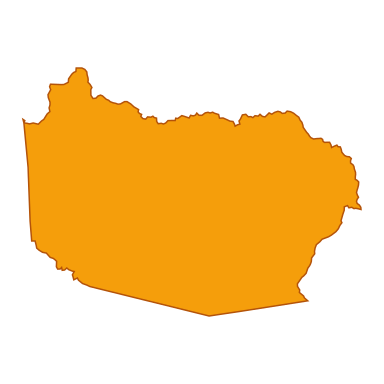 Dormentes, Pernambuco, Brazil
{"feature_id": "56859067B71625369805565", "entity_name": "Dormentes", "entity_type": "district", "adm_level": 2, "iso_a3": "BRA", "parent_name": "Brazil", "parent_adm1": "Pernambuco", "projection": "albers", "projection_center": [-40.588, -8.482], "detail": "fine", "context": "isolated", "style": "filled", "palette": "amber", "viewbox_px": 384, "rotation_deg": 0, "n_neighbors": 0, "source": "geoboundaries", "source_scale": "gbopen_adm2", "svg_char_len": 3155}
<svg xmlns="http://www.w3.org/2000/svg" viewBox="0 0 384 384"><path d="M23.9,122.9L28.1,167.5L28.4,176.3L28.5,178.6L30.1,221.0L31.7,241.0L35.1,241.0L36.2,245.3L36.7,248.1L39.1,250.2L42.5,252.3L46.4,253.1L48.3,255.3L50.2,257.4L53.3,258.4L55.2,259.9L56.6,261.3L56.4,266.8L57.7,269.1L60.2,269.0L61.6,267.5L62.2,270.3L64.6,270.0L66.8,268.0L68.8,269.7L72.3,271.1L74.2,271.5L72.4,274.8L73.0,276.6L73.8,279.8L77.4,278.0L78.5,280.2L82.5,283.5L86.9,285.1L89.8,286.5L203.9,314.7L209.1,316.0L220.3,314.3L238.7,311.6L307.7,300.8L304.4,297.9L303.6,296.0L299.4,292.5L299.7,290.0L297.5,286.4L297.4,283.8L301.9,277.3L303.7,275.9L306.1,273.3L307.8,268.2L309.6,265.7L310.5,263.9L311.3,261.6L311.6,257.9L314.7,253.8L314.5,251.3L315.1,248.0L316.4,244.6L319.8,241.8L322.1,239.2L328.5,236.8L331.4,235.1L335.9,231.7L338.3,228.8L339.9,225.4L341.9,222.7L341.0,220.8L341.7,218.3L342.9,214.1L344.2,210.3L344.3,206.8L347.5,205.6L348.9,207.8L351.8,207.3L353.9,208.6L355.8,208.3L358.4,208.8L361.0,209.5L360.8,207.3L359.4,205.1L357.1,203.4L356.5,201.3L357.2,199.2L358.5,197.3L357.4,195.2L356.5,192.6L357.1,190.0L357.8,187.9L358.5,185.0L358.7,182.0L357.2,180.4L355.3,179.3L355.3,176.9L355.6,174.5L355.5,172.3L354.4,169.1L353.9,166.4L352.9,164.7L350.6,163.1L350.5,160.8L351.3,158.5L349.4,156.8L346.7,156.5L344.6,155.5L343.1,153.8L341.8,152.2L341.2,149.3L340.3,146.9L338.0,146.7L336.9,145.1L334.3,146.2L331.6,147.5L331.0,145.0L329.6,142.3L326.8,142.3L324.5,142.4L323.0,141.3L322.6,139.4L321.0,138.3L318.9,138.5L316.6,138.6L313.6,139.0L310.9,137.7L309.5,136.1L308.3,134.1L306.7,132.4L304.9,129.8L303.2,127.3L302.9,125.3L301.9,122.3L300.1,120.1L298.8,117.2L296.3,115.4L293.6,113.2L290.6,111.7L287.1,111.1L285.1,113.1L282.2,113.4L280.2,111.9L277.9,111.3L274.6,112.4L271.8,114.2L269.1,112.9L267.0,115.0L265.0,116.9L262.4,116.4L260.0,114.3L258.2,116.1L255.0,115.7L252.9,117.6L250.9,116.6L248.3,116.8L245.8,114.3L242.4,114.9L240.3,119.3L239.0,121.0L239.9,124.1L237.5,124.8L235.1,126.2L234.5,124.2L233.0,121.5L229.9,121.1L227.2,119.8L223.1,118.0L219.5,118.2L218.6,114.5L216.6,113.9L214.4,113.2L212.7,112.2L210.1,113.0L208.0,112.3L205.2,112.9L202.0,115.3L199.0,115.3L196.8,113.1L195.4,115.2L193.2,115.9L190.6,115.3L189.1,118.0L184.8,116.5L181.8,115.6L177.8,118.5L175.7,118.2L175.2,120.5L171.4,120.5L168.0,120.6L165.6,123.1L163.4,124.0L161.2,123.3L158.2,123.7L156.7,121.5L156.5,118.1L154.3,117.6L152.9,116.2L150.9,117.2L147.6,116.9L145.7,119.1L142.9,118.6L140.8,116.4L141.6,114.4L139.5,113.5L138.1,111.9L138.6,109.6L134.0,106.9L130.7,103.9L127.0,101.6L124.6,101.6L120.5,103.9L118.0,104.2L115.9,103.4L113.1,102.8L110.2,101.7L108.7,100.3L106.3,99.3L104.5,97.7L102.5,95.9L100.5,95.1L98.0,96.0L95.9,98.2L93.0,98.5L90.9,95.3L90.8,89.6L91.9,87.5L90.1,84.5L87.9,82.1L88.2,80.3L88.0,78.0L87.1,74.7L86.8,71.9L84.8,69.4L81.9,68.0L76.2,68.0L75.9,71.5L73.6,72.5L71.8,74.2L68.6,78.8L68.3,82.3L63.9,84.5L61.2,84.6L50.5,84.2L49.6,86.7L50.7,89.7L48.0,94.7L48.3,97.6L50.0,102.1L50.0,104.9L49.1,107.9L49.9,111.6L47.3,113.8L46.0,115.8L43.8,119.4L41.5,121.0L38.3,124.2L33.2,123.0L29.5,123.9L27.0,123.3L23.9,122.9ZM23.0,119.4L23.9,122.9L24.8,120.6L23.0,119.4Z" fill="#f59e0b" stroke="#b45309" stroke-width="1.5"/></svg>